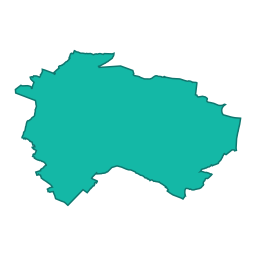 the district of Butoiesti, Mehedinti, Romania
{"feature_id": "2599482B50012725425393", "entity_name": "Butoiesti", "entity_type": "district", "adm_level": 2, "iso_a3": "ROU", "parent_name": "Romania", "parent_adm1": "Mehedinti", "projection": "equal_earth", "projection_center": [23.382, 44.564], "detail": "fine", "context": "isolated", "style": "filled", "palette": "teal", "viewbox_px": 256, "rotation_deg": 0, "n_neighbors": 0, "source": "geoboundaries", "source_scale": "gbopen_adm2", "svg_char_len": 5671}
<svg xmlns="http://www.w3.org/2000/svg" viewBox="0 0 256 256"><path d="M183.0,199.0L183.8,197.7L184.1,197.5L185.1,196.0L185.0,195.2L185.3,195.4L185.0,194.0L184.8,192.8L184.9,190.4L185.2,189.5L185.8,188.5L186.2,188.4L188.4,188.6L189.6,189.3L190.7,189.1L191.8,189.8L193.0,189.9L194.2,189.8L195.3,189.4L199.5,188.5L199.9,188.3L201.3,187.5L202.2,186.3L203.3,185.3L203.6,184.5L203.2,183.3L203.4,182.3L203.8,181.4L204.5,180.9L204.7,180.7L205.2,179.3L205.5,178.7L206.1,178.4L207.3,178.6L208.4,178.0L211.4,175.1L211.9,174.4L211.2,174.2L211.1,173.9L209.8,173.9L209.2,173.3L208.2,172.9L207.8,172.9L206.7,172.4L205.7,172.5L204.1,172.2L202.9,171.7L201.9,171.5L201.5,171.2L200.4,171.5L200.9,171.0L200.9,170.5L201.6,169.4L202.8,168.9L204.1,168.7L205.1,168.2L206.5,167.9L207.8,167.0L209.2,166.9L210.6,165.9L211.3,164.9L211.7,165.1L211.7,165.4L211.9,165.6L212.3,165.8L213.3,165.2L215.2,164.6L218.2,163.4L218.5,163.0L218.5,162.6L218.6,162.3L220.4,160.5L221.0,159.8L221.6,158.5L222.4,157.4L222.4,156.9L222.6,156.4L223.2,155.5L223.6,154.5L224.2,153.7L224.5,153.6L224.9,154.2L226.1,154.6L231.5,150.3L232.1,149.9L233.6,149.9L234.2,150.0L234.5,150.3L234.6,150.8L236.4,150.4L236.1,148.3L236.1,147.6L236.6,138.6L237.8,132.2L238.0,131.8L238.7,128.3L239.6,124.6L240.6,118.4L240.6,118.2L235.3,117.8L232.8,117.4L230.6,116.9L223.2,114.8L222.3,113.4L221.9,112.3L221.7,110.6L221.8,109.4L222.0,108.4L222.6,107.3L223.3,106.2L224.6,105.1L225.4,104.6L224.8,104.3L224.1,104.4L222.7,105.2L221.6,105.4L220.1,105.5L218.4,105.3L213.9,103.4L209.7,102.4L208.9,102.4L207.5,101.9L206.9,101.3L206.8,100.8L207.0,99.8L207.3,99.1L207.3,98.6L207.1,98.3L205.4,97.0L202.5,96.3L198.9,96.9L198.2,96.9L197.7,96.7L197.2,96.1L196.8,95.1L195.5,94.8L196.8,83.9L196.9,83.0L196.8,82.7L195.8,82.4L194.7,82.4L193.5,82.2L192.6,82.4L192.5,82.1L191.4,81.7L190.8,81.3L188.7,80.9L187.9,81.2L186.8,81.1L184.3,80.4L180.4,79.1L179.4,78.9L172.3,78.5L166.2,77.3L164.8,77.3L165.1,76.9L164.2,76.5L163.6,77.0L162.0,77.2L161.2,76.6L159.6,76.4L158.4,76.4L156.9,75.8L155.8,75.8L154.9,76.1L153.2,77.2L152.0,78.2L150.2,78.9L149.4,79.0L144.3,78.9L140.2,77.3L139.6,76.8L137.5,76.2L134.3,75.6L133.5,74.9L133.3,74.6L133.3,74.4L133.8,73.8L132.8,70.5L120.6,66.0L104.6,67.1L99.2,67.4L99.1,67.0L99.1,66.5L97.9,66.4L99.3,66.1L100.5,65.6L104.9,63.2L105.4,63.1L106.0,62.5L106.6,62.2L107.0,61.9L107.8,61.6L108.7,60.8L111.8,58.6L112.4,58.0L112.7,57.1L113.5,55.9L113.8,54.9L114.0,53.3L112.3,53.9L104.2,53.6L103.4,54.4L100.2,53.6L99.4,53.6L97.2,54.2L96.4,53.9L94.9,54.1L93.9,54.6L93.3,54.7L91.6,53.9L90.4,53.5L87.5,53.7L86.9,53.4L86.6,53.4L85.7,53.7L82.8,53.2L80.6,53.2L78.2,52.1L76.1,51.8L75.8,51.4L75.1,51.2L75.0,50.9L74.4,50.7L73.3,53.5L72.0,53.6L71.5,53.5L71.5,53.3L71.3,53.3L70.5,54.0L69.9,55.9L69.2,57.6L69.6,57.6L69.8,57.9L69.4,58.5L69.6,58.6L69.3,59.0L69.2,59.3L67.9,60.5L67.2,61.4L66.2,61.7L64.4,63.3L63.8,64.1L63.4,64.1L62.0,65.3L61.5,65.2L60.9,65.7L59.8,65.8L58.7,66.5L58.7,67.6L59.1,68.1L57.0,69.7L54.1,72.4L55.1,73.3L55.1,73.6L54.7,74.2L52.4,72.9L45.2,70.2L42.3,69.3L42.4,71.5L41.3,74.0L40.5,74.5L40.6,75.4L39.7,77.2L36.6,76.0L33.6,75.9L32.8,77.3L32.3,76.8L31.4,76.8L30.2,77.2L30.8,79.1L32.2,80.6L34.0,82.3L32.7,85.5L32.0,88.4L31.5,88.4L31.5,87.6L30.8,86.6L28.7,85.9L27.3,85.7L22.2,85.9L20.9,85.3L15.4,89.5L15.7,93.0L35.4,100.5L35.8,102.5L36.0,104.6L36.4,105.8L36.4,106.5L35.6,109.0L35.2,109.7L35.3,111.4L34.7,114.0L34.6,115.5L34.4,115.9L33.8,116.5L32.0,117.7L30.6,119.5L29.8,119.9L28.8,120.7L28.0,120.7L27.3,121.2L26.8,122.1L26.3,124.1L26.1,125.7L25.7,126.5L25.0,130.5L24.7,131.1L23.9,132.0L23.6,132.6L23.4,134.3L22.1,137.0L22.0,137.7L22.9,137.9L23.3,138.2L23.6,138.8L23.9,138.9L24.6,138.8L24.9,138.6L24.9,138.1L25.5,138.3L25.8,139.0L26.3,138.5L27.8,139.2L29.9,140.8L29.9,141.3L32.1,142.2L32.4,143.6L32.8,145.0L33.1,144.9L33.3,145.1L33.7,145.0L34.4,145.3L34.8,146.7L34.1,146.7L31.6,147.4L32.7,147.6L32.7,148.0L33.4,148.3L33.2,148.5L33.3,148.8L33.9,149.0L34.1,149.2L33.9,149.3L34.0,149.4L34.4,149.6L34.8,149.5L36.4,150.6L34.7,154.3L33.9,154.0L33.7,154.4L33.3,154.3L32.9,155.1L33.1,156.2L32.8,156.5L34.5,157.2L34.7,157.4L34.4,158.1L35.8,159.0L37.6,159.9L38.3,160.0L39.8,160.6L40.4,160.5L41.1,160.8L42.1,161.5L42.6,161.4L44.5,162.5L46.2,164.9L46.2,165.3L45.5,165.5L44.5,166.3L43.8,167.0L43.6,167.6L41.0,169.2L40.5,169.8L40.6,170.7L39.8,170.8L35.8,172.1L36.9,175.2L38.1,174.9L38.5,174.3L38.8,174.8L40.3,175.1L40.6,175.3L40.7,176.2L41.2,177.2L41.3,178.1L42.0,178.5L43.4,179.7L45.7,181.1L50.0,184.2L51.5,185.6L52.4,187.1L49.9,187.6L49.2,188.2L48.1,188.6L47.8,189.0L47.4,189.2L47.7,189.6L48.0,190.9L48.0,191.6L49.0,191.7L49.9,192.2L51.1,191.8L53.3,191.6L53.5,192.6L53.8,193.2L54.0,193.9L54.8,195.7L55.5,198.3L55.7,198.7L61.2,201.0L63.8,201.9L65.4,203.0L67.6,205.1L67.9,205.3L83.0,189.7L87.2,192.7L90.8,188.2L91.0,188.3L93.2,185.8L93.8,185.9L94.3,185.3L94.4,184.6L94.8,184.0L94.5,183.3L94.6,183.1L95.4,182.6L95.7,182.3L95.9,182.3L96.5,182.9L97.3,181.5L97.2,181.0L92.7,179.0L91.7,178.3L92.1,177.5L92.8,176.6L96.6,172.8L96.9,173.2L96.9,173.9L101.6,173.6L102.3,173.3L103.7,173.2L105.0,173.0L105.9,172.6L106.5,172.0L107.5,171.9L107.8,171.6L111.8,167.5L117.0,165.9L121.6,167.1L126.0,169.0L128.5,169.8L130.6,169.9L131.7,170.3L135.4,172.0L135.7,172.8L136.0,173.0L137.7,173.5L140.5,175.2L142.4,175.6L143.9,176.6L145.1,177.9L146.6,177.9L147.1,178.4L147.4,179.0L148.1,178.9L148.4,179.0L148.5,179.2L149.7,180.0L150.0,180.6L151.1,180.0L151.7,179.9L152.3,180.1L153.8,181.3L155.0,181.2L155.9,181.6L157.2,181.7L158.6,182.1L159.1,181.9L160.3,183.0L162.7,184.4L166.2,187.0L166.1,187.3L165.8,187.5L166.9,188.0L167.2,188.5L168.3,189.9L167.2,191.0L167.3,191.2L168.4,191.8L169.8,192.9L173.0,194.9L181.1,198.0L183.0,199.0Z" fill="#14b8a6" stroke="#0f766e" stroke-width="1.5"/></svg>